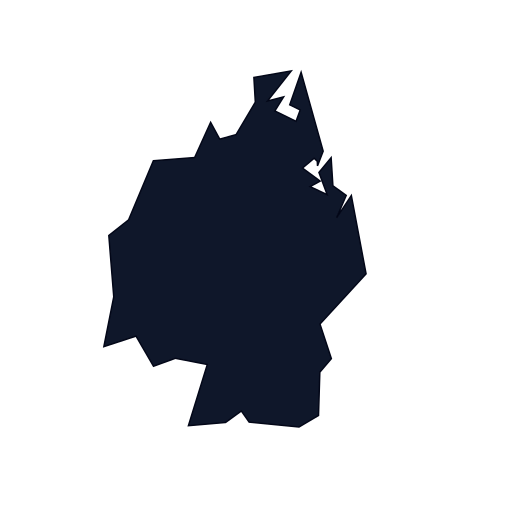 outline of Chanthaburi, rotated 212°
{"feature_id": "THA-432", "entity_name": "Chanthaburi", "entity_type": "Province", "adm_level": 1, "iso_a3": "THA", "parent_name": "Thailand", "parent_adm1": "", "projection": "mercator", "projection_center": [102.12, 12.821], "detail": "coarse", "context": "isolated", "style": "filled", "palette": "ink", "viewbox_px": 512, "rotation_deg": 212, "n_neighbors": 0, "source": "natural_earth", "source_scale": "10m", "svg_char_len": 744}
<svg xmlns="http://www.w3.org/2000/svg" viewBox="0 0 512 512"><g transform="rotate(212 256 256)"><path d="M391.7,195.4L383.2,219.1L393.5,282.4L360.2,307.0L365.3,345.3L348.7,335.9L337.2,348.4L338.1,386.1L352.4,406.3L324.2,431.6L328.4,393.5L316.9,405.6L316.9,389.0L293.4,391.4L295.9,403.3L307.5,402.1L315.1,435.7L254.6,380.5L251.6,365.0L254.2,368.8L258.5,369.7L263.2,355.2L241.3,353.5L246.9,343.5L228.1,345.7L246.9,360.2L244.4,379.2L228.0,356.3L211.6,355.2L207.9,331.1L207.2,357.8L153.2,299.2L165.7,232.2L137.7,208.9L140.3,191.3L118.5,153.9L128.9,133.8L173.8,111.5L186.3,116.8L193.6,98.7L223.4,76.3L239.8,138.2L270.2,126.5L284.5,108.2L315.3,124.5L337.0,98.5L355.0,146.0L391.7,195.4Z" fill="#0f172a" stroke="#020617" stroke-width="1.5"/></g></svg>